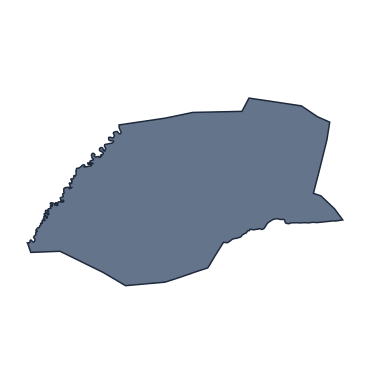 Bayannuur, Bulgan, Mongolia, rotated 280°
{"feature_id": "93677404B15769150174360", "entity_name": "Bayannuur", "entity_type": "district", "adm_level": 2, "iso_a3": "MNG", "parent_name": "Mongolia", "parent_adm1": "Bulgan", "projection": "albers", "projection_center": [104.475, 47.85], "detail": "fine", "context": "isolated", "style": "filled", "palette": "slate", "viewbox_px": 384, "rotation_deg": 280, "n_neighbors": 0, "source": "geoboundaries", "source_scale": "gbopen_adm2", "svg_char_len": 5787}
<svg xmlns="http://www.w3.org/2000/svg" viewBox="0 0 384 384"><g transform="rotate(280 192 192)"><path d="M245.4,108.5L243.8,108.8L242.5,109.2L241.4,109.9L239.8,110.9L238.9,111.6L238.1,111.9L237.3,111.7L236.9,111.2L236.8,110.6L236.8,110.1L237.0,109.6L237.5,109.2L238.6,107.8L238.4,106.9L237.3,104.6L236.6,104.3L236.0,104.4L235.1,105.2L234.3,105.7L232.8,105.6L232.2,105.3L231.5,104.6L231.4,103.8L231.7,103.0L231.7,102.3L231.6,101.2L231.4,100.7L231.1,100.5L230.4,100.5L229.6,100.8L228.8,101.2L228.4,102.0L228.4,103.0L228.4,103.9L228.7,104.4L228.7,105.0L228.6,105.8L228.1,105.9L227.6,105.8L226.9,105.4L226.3,104.6L225.4,102.5L224.4,99.9L223.8,98.3L223.4,97.8L222.8,97.8L222.0,97.8L221.3,98.3L220.7,98.9L220.0,99.6L219.5,99.5L218.8,99.0L218.1,98.9L217.4,99.2L217.2,98.5L217.5,97.7L217.8,97.5L218.9,97.0L219.4,96.7L219.8,96.3L220.1,95.6L220.0,94.6L219.5,93.9L218.6,93.4L217.6,93.5L216.7,94.0L216.2,94.9L216.1,95.7L215.7,96.7L215.2,97.6L214.7,98.0L213.6,97.8L213.3,96.9L212.9,96.0L212.2,95.7L211.8,96.6L211.3,96.5L210.8,95.5L210.3,95.6L210.0,95.3L210.0,94.6L210.7,93.7L210.3,92.3L209.7,91.2L209.8,90.6L210.2,90.2L210.5,89.7L211.0,89.6L211.3,89.7L211.9,89.9L212.5,89.2L213.0,88.2L212.7,87.3L212.3,86.9L211.6,86.7L211.0,86.5L210.0,86.9L209.4,87.3L208.5,87.5L207.7,88.2L207.4,89.2L207.1,89.2L206.6,89.2L206.3,89.0L206.0,88.5L205.3,87.0L204.9,86.5L204.3,86.3L203.7,86.1L203.4,86.4L203.1,86.8L203.1,87.5L203.2,88.2L203.1,88.5L202.8,89.4L202.5,89.0L202.1,88.2L202.1,87.2L202.6,86.0L202.7,84.9L202.5,84.3L202.0,84.3L201.6,84.7L201.2,85.0L201.5,86.9L201.7,87.5L201.3,88.3L200.8,88.4L200.3,88.1L200.1,87.9L199.5,85.9L198.5,83.7L198.4,82.9L198.2,82.1L198.0,81.7L198.1,81.3L198.8,81.6L199.5,81.8L200.0,81.2L199.9,80.4L199.5,79.6L199.0,79.1L198.1,78.6L197.4,78.0L196.8,77.4L196.3,77.0L195.9,76.3L195.6,75.2L195.2,74.4L194.9,74.2L194.1,74.2L193.6,74.4L193.2,74.1L192.9,74.0L192.4,74.1L191.3,74.4L190.6,74.5L189.6,74.8L189.2,74.8L188.3,74.7L187.5,74.4L187.4,74.3L187.7,73.7L187.8,73.2L187.7,73.0L187.3,72.8L186.8,72.9L186.0,73.1L185.3,72.9L184.6,72.6L184.2,72.1L183.9,70.9L183.8,70.6L183.7,70.5L183.3,70.5L183.0,70.7L182.4,71.7L182.3,71.9L182.0,72.0L181.5,71.8L181.0,71.8L180.8,71.8L180.5,72.0L180.0,72.0L179.6,71.9L179.3,71.5L179.4,71.0L179.7,70.5L179.8,70.2L179.6,69.8L179.2,69.6L178.6,70.0L178.1,70.2L177.4,70.8L176.3,70.9L175.7,71.2L175.4,71.3L175.3,72.0L175.4,72.6L175.1,72.4L174.3,71.3L174.0,70.8L174.2,70.4L174.5,70.2L175.0,69.8L175.1,69.1L174.8,67.8L174.3,66.5L173.6,65.6L173.0,65.2L171.8,65.4L169.9,65.7L169.3,66.1L168.8,66.2L168.3,65.7L167.6,65.0L167.0,65.1L166.6,65.2L165.8,65.8L165.3,66.0L164.8,65.8L164.4,64.9L163.7,63.7L163.2,63.3L162.6,63.5L162.1,63.9L161.4,64.5L160.7,64.3L160.1,64.3L159.7,64.5L159.7,65.1L159.9,65.4L160.5,65.9L161.1,66.1L161.6,66.6L161.4,67.0L160.9,67.3L160.1,67.2L159.6,66.6L159.4,65.7L159.4,63.5L159.1,62.3L158.9,62.0L158.4,61.8L157.5,61.9L155.4,61.8L155.2,61.6L155.2,61.2L155.3,61.0L157.4,61.0L157.8,60.6L157.9,60.2L157.7,59.6L157.1,59.4L156.4,59.4L155.8,59.7L155.4,59.6L155.3,59.4L155.6,58.9L156.2,58.8L156.7,58.2L157.0,57.1L157.0,56.1L157.0,55.4L156.9,55.1L156.5,54.5L156.0,54.5L155.7,54.6L155.5,55.3L155.5,56.1L155.1,56.7L154.7,56.8L153.8,56.8L153.7,56.5L154.1,56.0L154.3,55.4L154.0,55.1L152.9,55.1L151.6,55.9L151.4,55.8L151.1,55.1L150.9,54.2L150.6,53.7L150.1,53.3L149.8,53.2L149.2,53.3L148.8,53.7L148.4,54.1L148.2,54.1L148.0,53.7L147.9,53.3L148.7,52.2L148.7,51.5L148.4,51.1L148.1,51.0L147.5,51.0L146.8,51.1L146.2,51.5L146.0,52.1L146.3,54.1L146.2,54.6L145.7,54.8L145.0,54.8L144.8,54.7L144.6,54.3L144.7,53.9L145.5,53.4L145.8,52.4L145.6,51.4L144.9,50.4L144.7,50.2L144.2,50.5L143.7,51.1L143.2,52.2L142.9,53.1L142.6,53.7L142.2,53.8L141.3,53.9L140.9,53.4L140.8,53.1L141.0,52.9L141.8,52.8L142.6,52.3L143.0,51.7L143.1,51.1L142.7,50.6L142.3,50.4L141.6,50.5L140.9,50.8L139.8,50.3L139.4,50.7L138.9,51.7L138.6,52.1L138.3,51.9L138.2,51.6L138.2,51.0L138.4,50.5L138.4,49.9L138.2,49.6L137.8,49.5L137.1,49.3L136.4,49.6L135.8,49.9L135.1,49.9L134.9,49.6L135.1,49.0L135.1,48.7L134.8,48.4L134.2,48.4L133.7,48.6L132.9,48.7L132.2,47.9L131.7,47.8L130.7,47.8L130.5,47.5L130.1,46.9L129.9,46.3L127.9,45.1L126.8,45.0L126.7,45.4L126.7,46.0L126.5,46.4L126.2,46.4L125.6,45.5L124.9,45.2L124.4,45.2L123.4,45.6L122.5,45.4L122.0,44.9L120.9,44.2L120.0,43.9L119.3,44.4L118.6,45.2L118.0,45.6L117.0,45.6L115.3,45.0L115.1,44.3L115.4,43.5L115.9,43.0L116.7,42.0L116.6,41.3L115.6,41.0L114.0,41.1L113.3,38.7L113.0,39.0L104.5,43.7L110.7,72.3L97.4,118.3L88.2,142.8L98.6,181.3L106.2,195.5L114.6,210.6L120.0,220.7L123.3,222.1L132.2,225.4L148.0,231.8L148.0,233.5L148.2,235.6L148.6,236.3L149.3,236.9L150.7,238.4L151.9,239.3L152.9,240.5L154.2,243.9L154.4,244.5L155.9,247.3L156.5,248.0L156.9,248.3L158.3,248.9L158.6,249.2L159.1,249.6L159.7,250.5L160.0,251.0L160.7,251.7L160.8,252.0L161.0,252.4L161.1,252.6L161.4,252.8L161.9,252.9L162.7,253.2L163.5,253.9L163.7,254.0L163.8,254.3L163.9,254.9L163.9,255.2L164.1,255.3L165.0,255.4L165.3,255.7L165.5,256.3L165.4,258.2L165.5,259.3L165.6,259.8L166.6,262.4L166.9,263.6L167.2,264.1L167.5,264.5L167.7,265.4L167.6,265.9L167.3,266.5L167.2,267.2L167.3,267.7L168.4,269.1L169.4,269.7L171.8,270.7L173.2,271.2L174.5,271.9L175.6,272.8L176.8,274.1L179.3,276.9L179.6,277.9L180.2,279.5L180.5,280.6L180.4,281.9L180.3,283.8L180.7,286.0L180.9,286.6L180.9,287.2L180.7,287.6L180.5,287.8L180.2,288.1L178.1,289.2L177.8,289.6L177.6,290.1L177.5,291.1L177.5,292.2L177.7,293.1L178.0,293.8L178.5,294.3L178.8,295.0L179.9,300.4L180.1,302.4L180.4,304.2L181.2,307.5L181.5,309.4L181.7,311.2L181.9,312.5L183.0,315.8L183.3,317.4L183.4,318.9L183.6,320.5L188.0,335.9L188.3,338.3L190.7,345.3L200.1,335.4L210.6,319.6L211.8,311.8L234.6,313.6L266.5,315.8L284.7,315.5L287.9,302.5L295.8,284.8L294.4,231.8L280.1,227.2L270.5,178.9L260.1,152.8L245.4,108.5Z" fill="#64748b" stroke="#1e293b" stroke-width="1.5"/></g></svg>